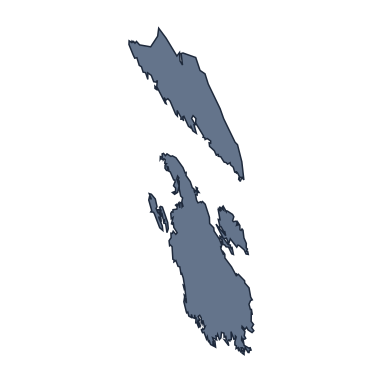 Leka nor, Nord-Trøndelag, Norway (Robinson projection), rotated 266°
{"feature_id": "86288312B5983253954554", "entity_name": "Leka nor", "entity_type": "district", "adm_level": 2, "iso_a3": "NOR", "parent_name": "Norway", "parent_adm1": "Nord-Trøndelag", "projection": "robinson", "projection_center": [11.714, 65.094], "detail": "fine", "context": "isolated", "style": "filled", "palette": "slate", "viewbox_px": 384, "rotation_deg": 266, "n_neighbors": 0, "source": "geoboundaries", "source_scale": "gbopen_adm2", "svg_char_len": 6027}
<svg xmlns="http://www.w3.org/2000/svg" viewBox="0 0 384 384"><g transform="rotate(266 192 192)"><path d="M229.6,162.9L226.9,162.6L227.6,163.1L226.3,165.2L227.6,165.7L226.2,165.7L227.1,166.4L226.1,167.6L222.6,166.8L222.0,168.5L220.7,167.0L217.6,166.7L215.3,168.1L214.9,169.8L219.2,168.9L218.7,169.9L214.2,170.5L213.6,171.7L205.3,174.6L205.2,175.7L202.5,176.0L203.4,175.8L199.5,174.0L197.1,175.9L192.7,175.6L192.0,174.7L193.6,174.6L192.9,172.4L190.9,174.5L192.7,177.7L199.1,179.5L206.0,177.7L208.9,178.7L207.0,179.9L205.4,179.0L203.5,180.0L195.9,179.5L188.8,180.4L186.8,182.2L182.7,181.1L177.8,182.2L178.7,181.7L177.9,181.1L181.5,181.1L182.5,179.2L177.0,178.7L181.6,177.7L179.8,176.5L180.7,175.9L179.8,175.1L180.6,174.2L178.2,176.2L176.0,175.7L175.7,171.8L173.2,171.5L173.6,170.3L172.1,169.3L166.7,169.4L167.9,171.3L161.7,169.3L161.2,170.2L162.6,170.0L162.5,171.2L157.9,171.4L152.4,174.4L150.9,172.9L154.2,170.5L152.1,169.6L152.4,168.1L147.9,168.0L145.0,165.7L140.0,165.9L140.6,166.8L138.9,168.3L126.3,168.2L125.4,169.4L123.6,169.1L124.8,171.1L118.8,172.9L118.2,174.6L110.1,175.4L112.3,175.9L106.8,177.3L98.7,178.0L99.6,176.8L95.6,177.5L96.4,178.2L88.3,178.5L89.7,177.1L86.6,177.5L86.0,178.7L81.5,178.7L86.6,177.0L83.1,176.2L72.6,178.0L71.7,178.4L72.5,179.4L68.4,180.2L66.9,182.6L70.0,182.9L66.8,183.6L65.7,186.0L69.3,186.1L66.6,186.3L66.1,187.3L61.2,186.6L61.1,187.8L56.5,189.2L57.7,191.1L61.4,190.0L57.8,190.2L59.7,188.9L62.8,189.6L61.5,188.3L63.7,189.1L62.9,190.1L64.0,190.7L67.5,189.5L68.5,191.1L65.7,192.5L60.3,191.9L61.6,192.4L59.8,192.9L63.3,193.9L56.5,195.0L56.9,195.7L54.7,194.7L54.1,194.0L54.8,193.3L53.5,193.2L54.4,192.8L54.1,191.8L53.2,191.9L50.9,192.7L51.2,194.2L44.3,196.2L46.5,197.2L42.4,197.7L41.5,198.3L43.2,198.6L38.6,199.9L37.1,202.3L41.9,202.5L36.6,203.3L35.6,204.7L41.9,204.4L41.7,203.2L45.2,202.4L42.8,206.3L46.7,205.8L46.3,207.1L48.1,207.6L42.9,209.0L44.5,210.7L49.9,211.6L49.0,214.0L45.2,213.9L45.6,214.6L43.8,215.3L46.4,215.6L42.5,215.9L41.5,215.3L42.1,214.1L36.1,218.0L40.5,217.2L41.8,217.9L40.8,219.4L41.9,219.6L42.0,221.0L50.0,221.2L42.2,223.5L42.6,225.0L45.2,225.3L44.3,226.0L39.5,224.3L36.4,224.1L35.4,225.5L32.7,225.0L33.5,226.7L29.8,227.6L32.7,227.0L33.4,227.7L29.2,229.3L29.9,230.4L27.8,230.7L26.3,232.6L29.0,232.7L30.9,230.8L30.2,230.6L33.2,230.1L33.1,231.5L30.1,233.4L33.1,234.2L28.0,236.8L27.9,237.7L29.9,238.2L30.2,239.9L33.2,239.0L31.7,238.8L35.4,233.3L41.5,232.7L38.9,232.1L40.8,231.1L43.2,231.5L42.0,232.0L41.5,234.3L42.3,235.4L44.9,234.1L49.0,235.1L52.9,232.3L54.5,232.6L51.3,235.3L53.2,237.0L50.5,238.3L47.6,242.1L49.3,244.0L52.5,242.0L55.6,244.2L58.8,242.0L66.8,242.7L65.3,243.6L70.7,243.1L70.6,242.1L76.1,241.0L79.7,242.9L80.2,244.6L83.0,243.2L92.4,242.2L97.6,238.3L99.8,238.3L106.8,232.4L106.0,231.2L107.9,230.1L104.8,230.6L114.6,226.2L123.9,220.2L127.6,220.4L129.6,219.2L127.1,219.1L133.3,216.9L136.3,216.7L135.0,217.3L136.9,218.0L143.3,215.9L151.5,211.3L154.8,211.2L159.3,207.4L165.5,207.6L178.9,204.3L181.8,201.8L180.8,200.6L181.7,200.1L180.8,197.2L183.4,196.0L189.3,195.3L188.6,196.9L191.3,197.1L191.0,199.0L193.8,197.3L195.5,197.7L196.3,196.4L192.3,197.0L193.4,195.4L190.9,194.6L195.2,194.0L196.2,192.6L202.5,191.0L208.8,187.2L211.9,187.5L211.6,186.4L217.0,184.7L227.3,178.4L229.4,175.0L229.0,173.4L231.8,169.7L230.1,168.0L232.5,166.3L232.1,164.9L228.7,164.7L229.6,162.9ZM330.9,190.8L319.3,191.4L323.5,189.2L332.0,189.3L328.7,186.4L347.4,176.8L357.7,170.2L349.8,168.6L339.7,160.9L342.4,150.0L346.1,147.1L344.4,145.5L346.2,144.3L345.5,143.6L346.7,142.7L345.4,142.2L347.2,139.8L343.5,139.4L332.8,142.9L329.5,144.2L329.8,146.4L322.0,148.2L320.5,150.3L315.0,151.6L314.3,154.0L307.4,155.8L313.9,156.2L311.2,159.5L304.7,161.5L304.1,163.9L305.8,165.2L298.4,164.0L300.2,162.4L297.9,162.3L296.4,164.2L298.2,164.8L282.3,171.6L281.8,172.4L288.2,170.8L285.4,172.2L286.8,174.4L284.2,176.5L270.8,181.1L268.8,182.7L274.4,182.8L267.2,186.3L265.4,186.0L265.3,187.9L263.4,188.6L267.5,188.0L268.1,189.2L257.7,193.1L256.2,195.0L257.5,195.5L252.9,197.1L250.3,200.4L259.0,198.7L258.9,200.0L265.5,196.7L268.1,198.4L265.1,201.0L260.6,200.5L247.1,207.4L245.8,206.8L245.2,208.5L243.4,208.7L244.3,210.9L241.6,214.2L239.4,214.0L239.9,212.5L236.3,212.7L231.5,217.2L226.4,219.0L227.7,219.2L227.6,220.9L225.8,220.7L225.2,223.1L219.6,226.1L218.9,228.2L217.3,229.4L218.6,232.1L216.4,232.3L213.9,234.9L208.9,236.0L208.3,237.2L209.7,237.5L207.8,237.9L208.2,238.6L204.5,240.2L201.4,239.4L199.1,241.1L203.6,240.5L203.0,242.6L202.1,242.6L202.9,243.1L200.4,244.6L218.7,243.8L236.0,240.7L238.7,238.4L262.9,228.7L273.0,225.9L298.6,215.7L309.0,213.2L312.7,208.5L325.9,205.1L331.3,192.7L330.9,190.8ZM158.3,213.7L143.8,219.9L146.0,216.8L143.6,216.9L142.4,218.7L140.0,219.0L141.5,217.8L137.5,219.0L137.0,220.8L134.9,222.2L134.5,224.6L127.6,227.3L126.8,229.0L134.7,228.0L132.6,227.6L134.4,226.3L136.4,226.6L137.0,224.4L143.2,220.5L143.6,223.1L138.0,225.1L142.6,226.9L133.8,232.8L135.8,234.1L135.2,235.5L130.6,240.0L126.4,241.6L125.8,243.8L128.8,243.4L129.1,242.1L131.2,243.3L132.6,242.2L136.9,242.6L142.6,240.6L150.3,240.2L151.6,239.3L150.2,238.3L151.0,237.2L155.3,237.4L158.4,235.7L155.2,235.5L156.2,235.2L155.7,234.1L158.3,235.0L159.9,234.0L159.5,231.2L160.5,230.5L164.4,232.0L166.8,230.9L170.5,226.0L170.8,225.0L170.0,224.8L175.8,222.1L174.7,221.1L172.1,221.9L175.4,218.3L171.0,219.9L172.9,217.9L171.7,218.2L172.5,216.9L162.4,218.0L162.9,216.3L155.2,217.5L155.4,218.5L149.4,221.4L150.8,221.8L146.0,222.6L158.3,213.7ZM187.0,148.3L176.3,150.5L175.0,149.5L174.6,151.9L173.4,152.8L158.6,157.3L155.7,160.2L160.2,160.0L168.5,157.2L169.9,157.1L166.4,159.2L170.2,159.1L173.8,157.0L173.4,158.4L172.0,158.4L172.8,159.8L170.6,160.0L171.7,160.7L167.3,161.2L165.9,161.9L166.3,162.8L164.7,162.6L165.0,161.6L162.8,161.8L162.2,163.5L153.2,164.2L157.1,165.8L163.4,165.6L179.0,161.4L179.8,159.8L178.7,159.0L179.7,158.3L175.5,159.9L173.3,159.1L176.8,158.0L176.7,156.5L173.1,156.7L178.1,155.0L179.8,156.1L187.6,154.9L192.6,151.3L193.4,149.2L187.4,151.0L189.8,149.1L187.0,148.3Z" fill="#64748b" stroke="#1e293b" stroke-width="1.5"/></g></svg>